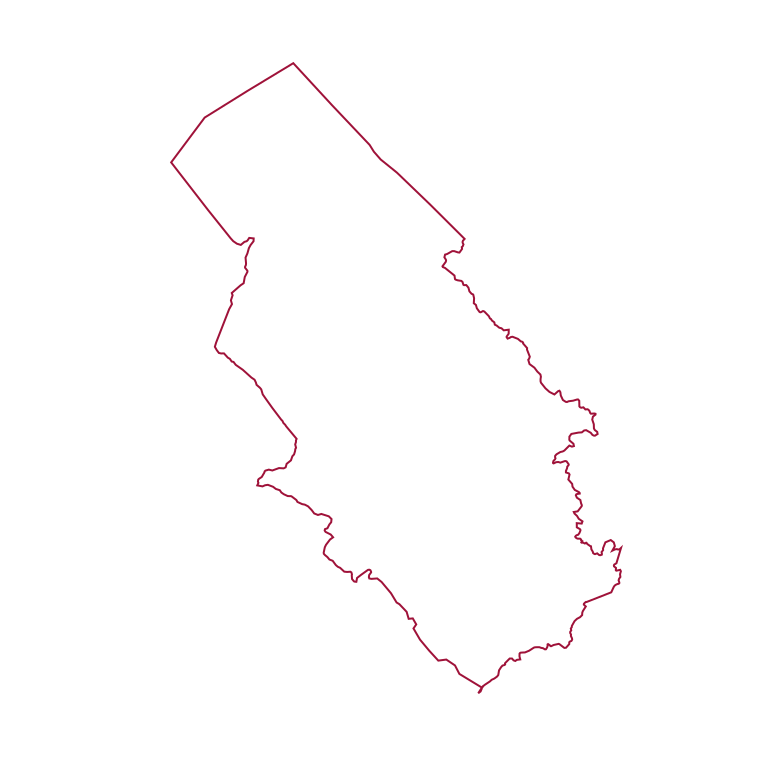 the district of Kadjebi, Volta, Ghana, rotated 135°
{"feature_id": "2480657B29295475961782", "entity_name": "Kadjebi", "entity_type": "district", "adm_level": 2, "iso_a3": "GHA", "parent_name": "Ghana", "parent_adm1": "Volta", "projection": "mercator", "projection_center": [0.51, 7.718], "detail": "fine", "context": "isolated", "style": "outline", "palette": "rose", "viewbox_px": 768, "rotation_deg": 135, "n_neighbors": 0, "source": "geoboundaries", "source_scale": "gbopen_adm2", "svg_char_len": 6078}
<svg xmlns="http://www.w3.org/2000/svg" viewBox="0 0 768 768"><g transform="rotate(135 384 384)"><path d="M529.4,99.9L527.0,100.2L525.3,100.0L519.4,98.8L517.0,98.7L514.2,97.7L511.0,97.2L509.0,97.4L505.1,100.2L501.3,101.0L499.3,101.1L497.5,100.1L496.7,100.0L496.0,100.9L495.4,101.0L489.2,101.0L487.6,99.4L487.8,97.0L487.0,95.3L485.1,95.0L482.4,92.9L480.8,95.6L478.8,97.5L477.9,97.6L477.2,97.3L474.1,94.5L470.0,92.8L464.4,91.6L463.3,91.0L460.3,88.1L459.4,86.2L458.4,84.8L457.8,82.5L457.0,81.9L454.9,82.4L453.4,83.2L452.5,84.2L451.9,84.1L451.5,82.2L451.6,80.9L451.2,80.4L448.6,79.5L444.2,76.7L443.9,75.9L443.1,69.9L441.8,68.8L436.9,69.1L435.6,70.4L434.5,70.4L433.2,69.8L431.7,70.2L430.9,71.2L430.0,73.7L428.9,74.6L428.4,76.3L427.5,77.1L425.8,77.4L424.8,79.0L423.3,79.2L422.2,80.1L416.9,81.6L413.6,81.5L410.3,80.5L407.3,80.5L405.5,82.1L404.0,82.8L398.6,84.0L398.7,86.7L398.1,87.2L396.6,87.3L395.3,87.1L394.9,86.6L370.6,76.0L365.2,78.0L363.7,78.3L362.3,78.2L360.1,77.4L359.4,76.8L358.4,76.8L357.9,77.3L356.9,79.3L355.4,80.1L353.3,80.4L351.6,82.6L348.9,84.1L348.4,85.6L351.6,87.6L351.8,88.0L351.7,88.5L350.0,89.9L350.3,92.4L349.7,93.2L348.9,93.5L346.4,92.9L332.3,100.5L334.4,100.6L335.5,101.4L336.1,102.6L337.6,103.7L340.4,104.7L335.4,106.1L333.5,109.5L334.0,113.3L339.4,115.5L345.4,112.9L346.5,111.6L349.0,111.3L350.1,109.7L350.7,109.3L352.1,110.0L352.8,110.9L353.0,113.5L355.1,114.5L355.4,115.0L355.7,116.5L354.9,117.9L354.3,120.4L352.4,122.9L352.8,123.6L353.4,127.1L353.1,128.6L353.4,128.9L354.4,129.0L354.9,129.4L355.3,131.0L356.4,131.9L356.5,132.4L354.9,132.8L355.2,134.0L354.6,134.6L354.7,136.0L356.4,137.7L356.9,138.8L357.0,140.0L356.8,140.8L355.8,141.0L354.8,140.9L353.2,140.1L351.0,140.5L348.7,141.5L348.1,142.3L348.1,143.0L349.0,146.3L346.1,149.3L342.9,145.5L340.8,146.5L341.6,151.0L340.8,154.2L340.9,157.7L340.3,159.3L337.1,157.0L330.7,157.8L329.8,158.4L329.0,160.3L327.2,163.1L328.0,167.3L327.0,169.7L326.0,170.0L324.9,169.5L323.1,168.1L322.7,168.5L322.6,169.7L324.0,174.2L323.3,178.1L321.6,180.3L321.2,186.1L316.8,188.8L316.5,190.1L317.9,192.8L316.8,193.9L314.1,195.0L312.8,196.0L310.9,196.1L310.2,196.6L309.6,200.1L310.0,201.0L310.8,201.7L314.9,203.7L315.9,205.6L317.6,207.0L320.2,207.9L320.4,208.4L320.1,208.9L318.5,209.8L316.4,209.8L315.3,210.2L314.7,211.4L313.7,212.2L311.7,212.3L307.4,211.2L305.3,209.9L303.5,209.4L296.5,209.4L295.4,206.8L293.6,205.8L292.3,207.8L292.7,212.7L292.4,213.5L290.1,215.7L286.8,216.2L280.8,212.1L278.3,209.9L275.3,209.6L273.7,208.4L272.3,203.3L272.6,200.6L272.1,199.1L271.4,198.3L268.3,197.6L267.1,199.4L267.5,202.4L267.0,204.1L264.1,207.2L261.9,211.6L259.3,213.2L256.1,212.8L255.5,213.4L256.1,214.4L258.7,216.7L258.7,217.6L257.7,219.9L257.7,221.5L258.0,222.3L259.6,223.6L259.5,226.5L261.4,227.8L261.8,229.1L261.7,230.0L257.8,234.1L257.7,235.8L258.4,236.5L262.1,238.5L265.6,241.2L267.4,241.9L268.1,242.9L268.8,246.2L267.1,250.9L265.1,253.5L264.7,255.2L265.9,255.8L270.9,256.1L272.6,261.4L272.9,266.8L272.1,273.9L271.4,275.2L269.8,276.8L267.9,278.2L266.7,280.1L266.8,284.4L266.1,289.2L267.0,295.2L264.9,299.1L263.5,299.3L261.6,300.2L258.5,307.3L257.4,308.2L257.0,314.3L256.5,314.7L256.3,315.7L256.6,316.6L257.1,317.3L257.4,321.2L259.7,326.5L260.9,327.4L262.6,327.8L264.5,328.7L264.2,330.4L263.8,330.8L260.3,331.4L257.4,334.2L261.4,337.3L261.5,340.3L262.7,342.3L263.0,345.7L263.7,347.6L262.4,349.6L262.8,352.5L262.4,354.3L262.7,355.5L261.9,357.8L261.8,364.3L262.4,365.6L264.6,366.2L265.2,366.6L265.5,367.4L264.8,371.9L263.1,374.9L263.4,377.6L259.7,380.9L257.8,383.9L257.7,384.4L258.3,385.9L258.1,389.1L256.2,392.4L255.9,395.1L255.9,395.8L257.5,397.3L257.7,398.0L256.3,400.7L256.4,402.2L258.7,405.4L259.6,407.3L259.6,408.0L257.5,410.8L258.8,423.0L259.7,425.1L259.4,425.9L254.0,426.7L252.9,427.3L252.3,428.2L251.7,430.9L249.3,432.3L247.5,431.3L241.8,429.7L240.4,428.3L238.6,424.7L237.7,423.6L233.3,424.3L232.2,425.8L231.0,425.7L229.1,426.5L228.5,428.3L227.7,429.1L226.8,429.5L224.4,429.6L224.5,477.8L225.4,524.3L227.6,545.1L226.9,555.4L225.1,563.2L223.6,618.2L221.3,675.0L273.3,687.8L322.4,699.2L377.8,691.2L385.4,631.4L389.4,595.5L389.6,591.6L388.8,587.2L386.9,583.6L382.2,583.2L380.2,582.1L378.8,582.0L376.0,582.6L373.2,579.1L375.3,577.2L380.1,576.6L383.5,575.6L388.3,572.9L392.5,571.3L396.3,566.8L397.5,565.8L399.4,565.1L400.0,564.5L400.5,560.7L401.2,559.9L406.8,558.1L412.0,554.5L415.5,555.2L427.3,556.0L428.3,553.8L433.1,551.4L435.0,548.0L440.6,546.4L473.4,532.0L477.3,529.9L478.3,526.2L478.8,522.7L477.6,520.8L475.5,518.8L475.8,513.1L475.2,510.8L475.8,507.6L474.8,506.0L475.3,502.4L473.8,493.9L473.2,482.3L472.5,478.6L473.5,475.7L474.7,473.5L474.4,469.0L474.6,467.0L477.1,462.4L478.1,456.8L479.9,446.0L481.9,431.5L481.9,429.7L482.7,427.6L482.7,425.0L483.1,423.3L484.6,407.0L486.1,406.4L487.3,405.2L489.5,404.1L491.3,401.1L492.7,400.7L494.4,399.4L497.4,397.8L499.9,397.7L503.8,395.8L509.3,396.4L512.5,394.6L514.6,395.3L517.7,398.8L524.1,401.8L526.0,404.9L529.1,406.6L530.2,406.6L531.2,406.0L536.2,404.7L539.7,405.4L540.6,405.3L542.2,404.1L542.7,402.9L545.3,401.9L542.3,397.5L539.7,396.5L537.4,394.8L535.1,389.7L534.7,386.3L532.8,382.6L533.3,379.9L532.8,376.9L531.3,372.8L529.1,370.5L528.8,369.8L528.0,363.9L528.6,361.8L526.8,356.9L525.3,354.7L524.2,351.2L524.3,345.9L524.9,341.8L523.3,338.1L520.2,336.4L516.6,329.5L516.6,325.6L519.1,323.6L522.0,323.3L526.0,322.0L528.4,323.1L529.6,322.3L529.9,320.7L528.1,315.2L528.4,311.6L532.1,312.2L538.7,311.3L541.3,310.4L545.9,307.4L546.6,306.5L546.7,304.9L546.4,301.6L546.7,298.5L545.3,295.3L546.1,290.0L545.9,287.4L545.0,285.0L544.8,279.4L543.0,277.2L540.5,275.0L540.3,273.8L541.3,272.0L542.0,271.6L544.5,268.7L544.8,265.7L544.3,264.7L543.4,263.7L540.2,265.9L535.4,265.3L526.8,263.9L525.8,263.2L525.3,262.0L525.8,260.5L526.3,259.9L529.6,259.4L531.3,258.1L531.9,256.9L530.7,255.1L526.3,251.3L525.7,245.7L527.0,231.1L529.6,220.6L528.8,217.4L529.1,206.9L532.6,200.5L529.4,197.9L531.2,191.2L536.0,190.3L539.3,177.8L540.6,163.5L541.2,150.0L534.8,145.1L532.8,134.8L535.7,125.7L529.4,99.9ZM536.0,98.7L533.1,98.3L530.4,99.4L529.9,100.0L536.0,98.7Z" fill="none" stroke="#9f1239" stroke-width="2"/></g></svg>